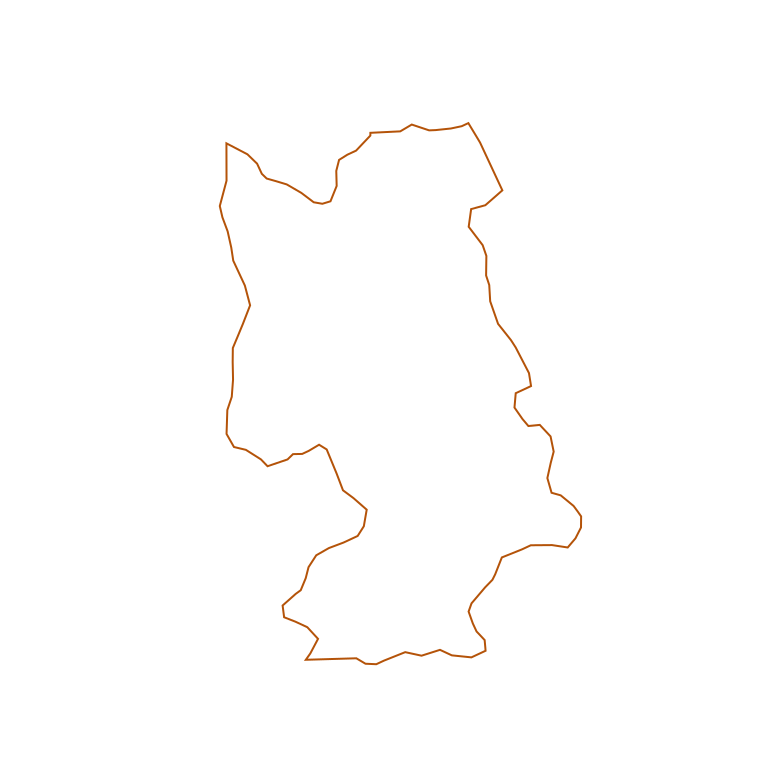 Yangpyeong-gun, Gyeonggi, South Korea (Robinson projection), rotated 245°
{"feature_id": "91817680B89058224266184", "entity_name": "Yangpyeong-gun", "entity_type": "district", "adm_level": 2, "iso_a3": "KOR", "parent_name": "South Korea", "parent_adm1": "Gyeonggi", "projection": "robinson", "projection_center": [127.569, 37.511], "detail": "fine", "context": "isolated", "style": "outline", "palette": "amber", "viewbox_px": 768, "rotation_deg": 245, "n_neighbors": 0, "source": "geoboundaries", "source_scale": "gbopen_adm2", "svg_char_len": 1700}
<svg xmlns="http://www.w3.org/2000/svg" viewBox="0 0 768 768"><g transform="rotate(245 384 384)"><path d="M358.7,243.7L356.4,264.7L358.9,271.9L355.2,280.3L355.2,287.5L356.4,299.5L348.9,304.4L322.6,303.2L305.0,301.9L293.7,308.0L277.4,315.2L263.6,305.6L257.4,295.9L257.4,280.3L258.6,264.7L257.4,250.2L249.9,238.2L241.1,231.0L232.3,221.4L231.1,215.3L226.1,198.5L214.8,194.9L206.0,203.3L196.0,211.7L180.9,216.5L170.9,203.3L167.1,196.6L147.1,243.0L138.3,249.0L133.3,258.6L133.3,267.1L132.0,289.9L121.9,303.2L119.4,322.4L109.4,330.8L99.3,347.7L99.3,363.3L102.2,364.4L109.4,367.0L120.6,363.3L129.4,363.3L142.0,364.5L148.2,370.6L157.0,389.8L160.7,399.5L164.5,404.3L177.0,417.5L175.8,439.2L175.8,448.9L167.0,468.2L158.2,481.4L163.2,492.3L170.7,501.9L180.7,506.7L186.9,505.6L193.3,504.3L208.4,497.1L214.6,489.9L229.7,492.3L242.2,501.9L251.0,509.2L266.1,512.8L281.1,507.9L284.9,497.1L293.7,494.7L307.5,492.3L320.0,499.5L320.0,516.4L332.6,520.0L361.4,518.8L370.2,517.6L390.3,512.8L414.1,515.2L429.2,521.2L439.2,522.4L456.8,530.9L468.1,532.1L490.7,527.2L505.7,536.9L503.2,551.4L509.5,573.1L562.2,573.1L570.0,572.3L584.8,570.7L584.8,563.4L587.3,552.6L592.3,538.1L594.8,532.1L607.4,518.8L606.1,505.5L617.4,477.8L614.9,476.6L607.3,457.3L607.3,447.7L606.1,438.0L597.3,430.8L583.5,424.8L572.2,412.7L573.4,404.3L578.4,397.1L592.2,389.8L606.0,380.2L613.5,371.8L619.8,364.5L626.1,362.1L637.3,362.1L649.9,357.3L668.7,342.9L634.8,327.2L614.7,310.4L603.4,308.0L588.4,306.8L572.1,303.2L559.5,299.5L532.0,299.5L511.9,295.9L498.1,281.5L489.3,271.9L480.5,262.2L468.0,256.2L451.7,249.0L436.7,240.6L426.6,231.0L405.3,220.2L390.3,221.4L382.7,231.0L367.7,240.6L358.7,243.7Z" fill="none" stroke="#b45309" stroke-width="2"/></g></svg>